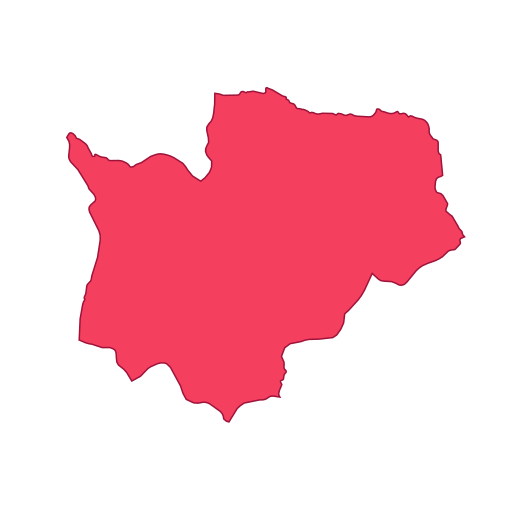 the Province of Cuanza Sul, rotated 8°
{"feature_id": "AGO-1879", "entity_name": "Cuanza Sul", "entity_type": "Province", "adm_level": 1, "iso_a3": "AGO", "parent_name": "Angola", "parent_adm1": "", "projection": "albers", "projection_center": [15.061, -10.94], "detail": "fine", "context": "isolated", "style": "filled", "palette": "rose", "viewbox_px": 512, "rotation_deg": 8, "n_neighbors": 0, "source": "natural_earth", "source_scale": "10m", "svg_char_len": 4806}
<svg xmlns="http://www.w3.org/2000/svg" viewBox="0 0 512 512"><g transform="rotate(8 256 256)"><path d="M92.6,363.8L90.6,342.6L91.1,328.2L91.6,325.2L92.7,322.9L91.7,321.7L91.8,320.2L92.3,318.5L92.7,316.9L92.6,309.7L92.7,308.5L93.4,307.0L95.8,303.6L96.1,302.0L96.2,298.4L99.3,279.4L99.4,271.7L99.5,262.0L98.8,257.1L96.9,252.9L85.1,235.6L84.1,233.1L84.0,230.8L85.1,228.6L89.1,223.8L89.3,221.6L88.4,219.5L86.8,217.4L81.4,212.9L80.6,211.6L80.0,210.1L67.6,195.2L59.2,188.4L57.3,185.7L56.6,183.2L56.3,174.3L55.9,171.4L54.8,168.5L52.1,164.9L53.8,160.9L54.2,160.4L54.7,160.0L55.4,159.8L56.5,159.9L58.0,160.5L60.0,161.9L60.8,162.9L61.3,163.8L61.8,164.3L62.5,164.6L64.1,164.8L65.4,165.2L71.6,168.6L73.1,169.9L73.9,170.9L74.6,172.2L78.6,177.5L79.6,179.5L80.2,179.9L81.0,180.1L82.3,179.7L82.5,179.1L82.5,178.6L82.3,178.1L82.6,177.7L83.5,177.7L87.2,179.1L89.1,179.5L93.0,179.5L94.3,179.7L95.6,180.5L96.1,181.2L97.1,181.7L98.6,181.8L106.3,180.6L108.3,180.5L110.7,180.7L114.4,181.8L116.4,182.8L117.6,183.8L118.3,184.6L118.8,185.1L119.3,185.3L120.0,185.3L121.2,184.9L122.1,184.6L124.6,182.1L129.6,179.4L137.8,172.1L140.9,170.4L144.0,168.9L147.0,168.1L150.1,168.0L153.0,168.2L156.8,168.8L160.8,170.0L170.6,174.4L173.9,177.4L176.3,180.3L182.0,185.6L190.8,189.6L194.6,185.7L198.1,179.9L199.1,176.7L199.6,174.1L198.9,168.1L195.1,164.8L193.1,162.6L191.5,159.5L191.3,156.6L192.1,153.4L193.3,150.1L192.3,145.4L189.7,138.3L189.4,135.1L191.0,131.5L192.8,128.9L193.9,125.4L194.2,120.8L193.9,111.2L192.6,100.6L197.5,100.7L200.2,101.3L201.7,101.4L215.5,99.2L216.5,98.8L217.3,97.9L218.2,95.8L219.1,95.1L220.7,94.9L222.0,95.4L223.4,95.6L224.9,94.6L225.6,94.6L230.3,93.2L240.6,94.1L242.5,93.1L242.9,92.0L242.4,89.2L242.8,87.9L243.8,87.9L245.1,88.4L249.0,89.2L259.5,93.6L260.7,94.0L262.6,94.1L263.8,94.6L264.1,96.4L266.5,97.2L267.2,98.0L267.7,98.9L268.5,99.6L269.4,99.8L271.8,100.1L272.9,100.6L273.7,101.4L275.4,103.7L276.1,104.2L278.9,104.1L280.4,104.2L281.0,104.6L282.2,104.2L284.8,104.7L287.6,105.7L289.2,106.9L291.2,106.0L293.1,106.1L295.0,106.7L297.1,106.9L298.9,106.5L301.9,105.4L311.9,104.2L312.8,104.4L314.8,105.1L316.0,105.1L316.2,104.9L316.6,104.3L317.1,103.7L317.7,103.3L320.8,103.4L323.3,104.1L325.5,104.3L329.5,102.3L331.1,102.4L333.9,103.4L336.5,103.5L348.7,102.5L350.8,101.9L352.4,100.5L353.6,98.8L354.6,97.0L354.9,95.6L355.0,94.4L355.4,93.6L356.8,93.4L357.9,93.6L359.7,94.9L360.4,95.2L363.0,95.4L367.2,96.2L369.7,96.2L371.2,95.9L372.6,95.4L373.7,94.7L374.7,93.9L375.9,93.2L376.9,93.8L377.6,94.7L378.3,95.2L379.9,95.0L381.1,94.5L382.3,94.1L384.1,94.3L385.0,94.8L387.7,97.1L389.4,95.7L391.2,95.8L393.4,96.6L396.2,97.1L401.8,97.4L404.2,98.2L406.5,99.9L407.8,101.4L408.9,103.4L409.8,105.8L410.1,108.6L410.8,110.7L412.3,112.6L413.9,114.1L414.6,115.0L415.2,115.4L418.1,116.0L419.1,116.3L420.2,117.3L420.6,118.2L421.8,126.7L422.9,129.1L424.8,130.1L429.6,150.1L428.1,151.4L426.0,152.4L424.2,154.0L423.4,156.8L423.6,162.3L424.1,164.7L425.1,166.5L425.8,167.4L426.5,167.9L427.5,168.2L429.1,168.3L430.5,168.6L431.4,169.2L432.1,169.8L432.7,170.1L438.4,177.4L438.5,178.7L437.6,183.3L437.9,185.1L438.6,185.8L439.6,186.2L441.5,187.6L444.7,189.3L452.2,198.8L452.7,199.7L453.4,200.6L456.4,203.0L457.9,206.4L458.9,207.1L459.9,208.0L456.2,210.2L455.9,211.0L455.7,211.9L455.9,212.7L456.3,213.5L456.6,214.6L456.6,215.2L456.2,216.1L452.7,221.1L452.0,221.9L451.6,222.1L448.5,222.9L445.8,224.3L440.7,230.8L437.6,233.4L434.3,235.6L427.0,239.4L422.2,242.4L419.1,245.3L416.6,248.4L409.0,260.9L406.8,263.5L404.2,264.7L402.0,264.8L400.5,264.4L398.5,263.6L393.9,262.5L386.1,263.1L383.0,263.0L380.5,261.9L373.5,257.1L368.2,274.7L365.9,280.4L363.3,285.2L355.3,296.9L351.9,300.9L352.1,310.1L350.1,316.8L346.9,323.0L343.4,326.1L330.2,329.5L320.2,331.2L316.6,332.4L312.2,334.6L302.0,338.1L297.2,342.9L295.2,351.9L298.4,357.1L299.0,359.6L299.0,360.7L299.2,362.5L299.6,363.5L300.1,364.2L300.9,364.7L301.7,365.5L302.0,366.3L301.9,367.0L301.6,367.6L301.2,368.1L300.6,369.3L300.4,370.0L300.3,370.8L300.3,373.3L300.3,374.1L300.0,374.7L299.5,375.1L298.8,375.4L298.2,375.8L297.7,376.4L297.7,377.1L298.0,377.7L298.9,378.8L299.4,379.5L299.4,380.2L298.9,381.7L298.8,382.7L298.0,385.3L297.6,388.8L297.9,390.2L298.2,390.9L299.3,392.4L292.9,392.3L290.0,392.8L287.8,394.4L286.1,396.0L284.9,396.7L283.1,397.4L279.3,398.1L264.7,403.3L261.1,406.6L258.6,409.7L252.3,424.1L249.6,423.7L246.7,421.8L246.0,419.5L244.7,417.1L242.5,415.0L230.7,408.8L227.6,408.0L224.6,408.0L219.0,409.8L214.7,410.1L206.9,407.7L202.9,402.3L199.3,395.1L186.8,378.2L182.4,375.0L179.9,374.7L176.6,375.1L173.5,376.3L167.4,380.1L164.7,382.4L158.4,391.1L150.4,397.1L144.1,389.3L140.9,386.6L134.9,383.0L133.0,380.5L132.2,377.6L130.9,371.3L129.5,368.8L126.9,367.6L124.1,367.0L116.5,368.1L105.7,366.2L102.5,366.1L99.1,365.6L92.7,363.8L92.6,363.8Z" fill="#f43f5e" stroke="#9f1239" stroke-width="1.5"/></g></svg>